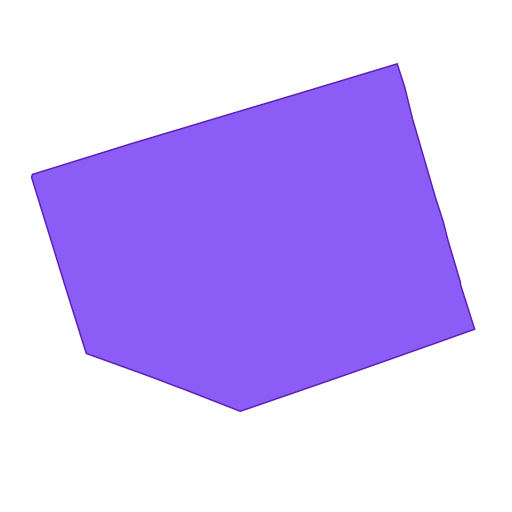 outline of Butler, Pennsylvania, United States of America, rotated 253°
{"feature_id": "52423323B72278925034115", "entity_name": "Butler", "entity_type": "district", "adm_level": 2, "iso_a3": "USA", "parent_name": "United States of America", "parent_adm1": "Pennsylvania", "projection": "natural_earth1", "projection_center": [-79.963, 40.921], "detail": "fine", "context": "isolated", "style": "filled", "palette": "violet", "viewbox_px": 512, "rotation_deg": 253, "n_neighbors": 0, "source": "geoboundaries", "source_scale": "gbopen_adm2", "svg_char_len": 479}
<svg xmlns="http://www.w3.org/2000/svg" viewBox="0 0 512 512"><g transform="rotate(253 256 256)"><path d="M153.6,142.8L151.2,146.1L112.1,195.5L115.2,281.9L116.1,306.1L118.2,357.0L119.7,390.6L120.3,405.8L122.1,443.7L168.9,443.2L170.7,443.8L215.7,444.2L233.7,445.1L258.2,444.7L341.8,445.8L374.3,447.6L398.5,447.2L398.9,337.9L399.3,275.9L399.9,172.6L399.4,66.1L396.9,64.4L281.5,64.7L212.4,65.2L171.4,119.9L153.6,142.8Z" fill="#8b5cf6" stroke="#5b21b6" stroke-width="1.5"/></g></svg>